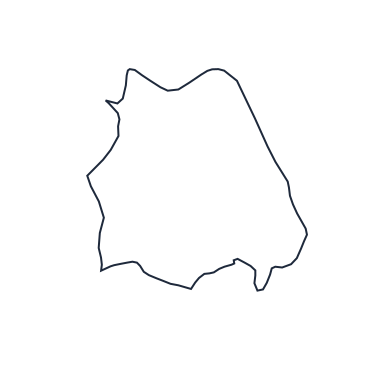 Bau, Sarawak, Malaysia, rotated 306°
{"feature_id": "92858781B57032807608954", "entity_name": "Bau", "entity_type": "district", "adm_level": 2, "iso_a3": "MYS", "parent_name": "Malaysia", "parent_adm1": "Sarawak", "projection": "orthographic", "projection_center": [110.089, 1.382], "detail": "fine", "context": "isolated", "style": "outline", "palette": "slate", "viewbox_px": 384, "rotation_deg": 306, "n_neighbors": 0, "source": "geoboundaries", "source_scale": "gbopen_adm2", "svg_char_len": 1218}
<svg xmlns="http://www.w3.org/2000/svg" viewBox="0 0 384 384"><g transform="rotate(306 192 192)"><path d="M80.2,161.8L74.9,164.7L84.0,169.8L87.0,172.0L91.9,176.5L96.8,181.1L100.6,184.8L102.5,189.0L101.7,193.5L99.1,199.9L99.4,206.0L101.3,213.9L103.2,221.1L105.1,228.6L108.5,235.8L113.0,248.2L120.6,247.8L126.6,248.2L133.0,250.1L136.4,253.9L139.8,256.9L145.8,259.2L150.7,262.2L156.4,266.7L159.0,268.2L161.3,265.9L164.7,268.2L165.8,276.1L166.6,282.9L165.8,289.3L161.7,292.3L154.9,296.1L150.7,302.9L154.9,306.7L162.4,305.9L171.1,303.7L177.1,301.4L180.5,303.3L183.9,309.3L191.8,314.6L200.1,315.7L210.3,313.5L217.9,311.6L225.0,310.1L225.4,309.7L229.2,305.5L236.4,289.7L241.3,281.0L246.5,273.5L252.6,267.8L256.7,263.3L265.4,241.8L273.3,226.3L288.4,199.9L308.4,163.0L309.1,146.7L306.9,141.1L303.1,136.2L299.0,133.2L292.5,130.5L279.0,125.6L266.9,120.7L259.7,112.8L258.2,104.9L257.5,92.8L257.1,83.0L257.1,74.0L254.8,69.4L252.6,68.7L248.0,70.6L239.4,75.8L226.9,81.1L219.8,79.6L218.6,76.6L215.3,68.3L214.9,72.4L212.2,85.6L208.1,90.6L201.7,93.6L194.1,99.6L178.3,101.5L165.8,101.1L143.6,97.7L137.2,106.8L129.6,122.2L119.4,135.8L104.7,141.5L91.9,149.4L85.5,156.9L80.2,161.8Z" fill="none" stroke="#1e293b" stroke-width="2"/></g></svg>